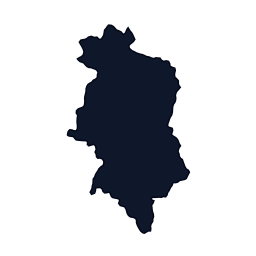 the district of Rio do Prado, Minas Gerais, Brazil, rotated 17°
{"feature_id": "56859067B64680241764039", "entity_name": "Rio do Prado", "entity_type": "district", "adm_level": 2, "iso_a3": "BRA", "parent_name": "Brazil", "parent_adm1": "Minas Gerais", "projection": "orthographic", "projection_center": [-40.561, -16.684], "detail": "fine", "context": "isolated", "style": "filled", "palette": "ink", "viewbox_px": 256, "rotation_deg": 17, "n_neighbors": 0, "source": "geoboundaries", "source_scale": "gbopen_adm2", "svg_char_len": 3385}
<svg xmlns="http://www.w3.org/2000/svg" viewBox="0 0 256 256"><g transform="rotate(17 128 128)"><path d="M179.6,219.8L179.2,217.5L178.2,215.5L178.1,213.0L178.9,210.2L178.3,207.8L178.3,205.2L177.3,202.9L175.8,200.9L174.7,198.6L174.0,196.8L173.1,194.9L173.9,192.4L174.0,190.0L172.1,190.0L170.8,189.0L171.6,187.1L174.6,186.3L176.7,185.4L178.3,184.9L180.4,184.4L181.7,183.2L184.1,182.8L184.9,180.5L184.7,178.7L185.5,175.9L186.0,172.7L186.9,170.1L187.1,166.9L189.4,166.4L191.3,165.2L192.9,162.9L195.2,161.7L197.2,160.6L198.5,159.2L198.8,156.6L199.2,154.6L199.6,152.3L198.1,150.8L195.7,150.2L193.7,148.4L192.1,146.3L190.6,144.3L189.1,142.2L187.2,141.7L185.3,140.1L184.3,137.8L182.7,136.0L182.5,133.8L182.7,131.7L183.4,129.7L181.2,127.8L180.0,126.0L178.6,124.5L177.2,123.6L175.2,122.9L173.4,122.5L171.6,121.7L171.4,119.8L171.4,117.3L170.4,115.4L168.7,115.3L166.9,115.4L165.2,114.6L164.8,111.8L165.0,109.5L165.0,107.5L165.2,105.5L165.9,102.9L165.8,100.2L165.2,97.6L164.5,94.6L164.5,92.0L165.2,90.0L165.4,87.9L164.9,85.3L163.8,83.3L163.6,80.6L163.9,78.7L165.0,76.4L166.1,73.8L164.0,72.3L163.1,70.6L162.3,68.1L160.2,66.8L157.9,65.7L156.8,63.3L156.5,61.4L156.4,59.1L155.2,57.1L152.8,57.1L150.0,56.6L149.1,54.3L147.3,52.5L144.9,52.6L142.5,54.0L140.0,53.3L138.1,51.8L136.4,52.3L134.2,52.7L132.2,54.2L129.6,54.2L127.1,53.9L125.0,54.3L122.7,53.9L120.1,53.6L118.2,53.9L116.4,53.8L114.3,53.8L111.9,53.3L109.1,52.9L105.9,51.4L104.7,49.0L105.5,47.2L106.6,45.7L107.8,43.8L108.6,41.3L107.0,39.5L105.1,37.3L103.5,35.8L101.9,34.9L100.2,33.4L98.8,32.1L98.2,33.7L98.0,35.5L97.8,37.9L96.2,40.1L93.4,38.2L90.3,37.7L88.3,37.7L86.5,36.5L84.5,35.3L82.1,34.7L79.3,35.3L78.5,37.2L78.0,39.0L77.0,41.2L77.4,43.9L77.7,46.6L77.0,48.9L76.6,50.8L74.4,51.7L71.8,50.2L69.2,51.3L66.0,51.1L63.6,52.7L62.3,54.8L60.5,56.1L58.8,56.9L57.2,57.8L56.4,60.1L58.4,62.0L60.2,63.6L61.9,65.4L63.6,67.8L63.9,70.9L62.6,73.4L60.7,75.1L59.4,76.7L61.1,77.8L62.8,78.5L64.6,78.5L66.7,78.7L68.8,80.1L71.0,81.3L73.2,81.5L75.0,81.0L77.3,81.2L79.9,81.3L81.4,81.9L83.2,83.5L83.2,86.0L83.9,88.7L82.8,90.7L80.9,92.4L79.9,94.9L78.2,96.5L77.0,98.1L76.5,100.2L76.5,102.9L77.3,105.6L77.4,107.7L77.5,109.6L77.9,112.4L78.8,114.5L79.3,116.6L79.7,119.5L78.5,121.5L76.7,122.9L74.9,124.2L73.7,126.5L74.2,128.9L76.1,130.3L76.6,133.3L77.3,136.4L77.9,138.1L78.9,140.3L79.8,143.2L79.4,145.9L77.1,146.5L75.0,146.3L72.9,146.7L71.9,148.6L71.9,150.6L72.2,152.4L74.0,152.9L75.9,152.5L78.5,152.2L80.3,153.6L81.8,154.5L83.8,154.2L85.9,153.8L88.7,153.2L91.1,152.5L92.8,152.5L93.7,153.9L94.0,155.7L95.7,156.5L97.9,155.0L100.2,153.6L102.3,154.8L103.9,157.8L103.6,160.6L105.4,162.5L106.3,164.7L107.9,165.7L110.0,164.9L112.6,165.1L114.5,166.8L115.2,168.6L115.1,171.0L113.3,173.3L112.1,175.6L111.8,177.5L111.2,179.6L110.6,181.8L110.5,184.5L109.7,187.0L110.3,189.3L110.9,191.8L110.8,193.9L111.3,195.8L111.1,198.0L110.6,200.4L112.5,202.1L115.1,200.1L115.2,197.4L114.5,194.9L116.4,193.9L119.2,193.0L121.2,193.9L122.5,195.8L124.5,196.9L126.6,196.1L128.2,195.0L129.8,195.3L130.9,196.8L132.4,198.5L134.1,199.0L136.3,198.7L138.7,198.5L140.9,198.8L141.2,200.9L141.1,202.8L143.2,204.4L145.6,204.3L147.8,204.3L149.9,206.1L151.2,208.2L152.3,209.9L154.1,211.5L156.2,212.3L158.8,211.9L161.8,212.2L163.3,214.1L163.8,216.0L165.3,218.1L166.9,219.8L168.5,221.3L170.3,222.8L172.3,223.7L174.2,223.9L175.5,222.7L177.1,220.7L179.6,219.8Z" fill="#0f172a" stroke="#020617" stroke-width="1.5"/></g></svg>